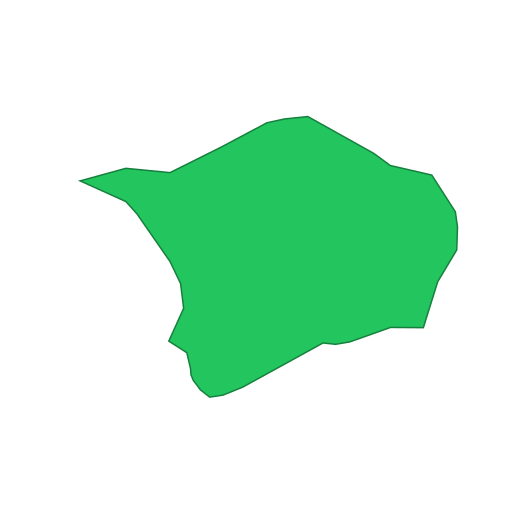 SVG path tracing the border of Dolenjske Toplice, rotated 107°
{"feature_id": "SVN-249", "entity_name": "Dolenjske Toplice", "entity_type": "Statistical Region", "adm_level": 1, "iso_a3": "SVN", "parent_name": "Slovenia", "parent_adm1": "", "projection": "natural_earth1", "projection_center": [15.054, 45.708], "detail": "fine", "context": "isolated", "style": "filled", "palette": "green", "viewbox_px": 512, "rotation_deg": 107, "n_neighbors": 0, "source": "natural_earth", "source_scale": "10m", "svg_char_len": 585}
<svg xmlns="http://www.w3.org/2000/svg" viewBox="0 0 512 512"><g transform="rotate(107 256 256)"><path d="M275.6,75.0L285.0,106.5L310.8,141.3L317.2,154.1L319.6,166.5L385.3,230.4L398.7,246.9L404.5,259.0L400.3,270.0L396.7,274.8L393.5,279.4L388.7,283.4L382.6,285.8L368.7,293.9L362.9,314.5L327.2,309.9L304.5,320.0L286.5,336.5L250.5,382.2L242.0,396.3L235.6,446.2L210.2,406.1L201.4,362.6L162.0,321.1L125.3,284.4L116.6,268.8L107.5,247.2L123.5,173.2L130.2,154.1L127.2,111.6L155.4,78.3L169.3,71.8L191.5,65.8L227.5,74.7L275.6,75.0Z" fill="#22c55e" stroke="#15803d" stroke-width="1.5"/></g></svg>